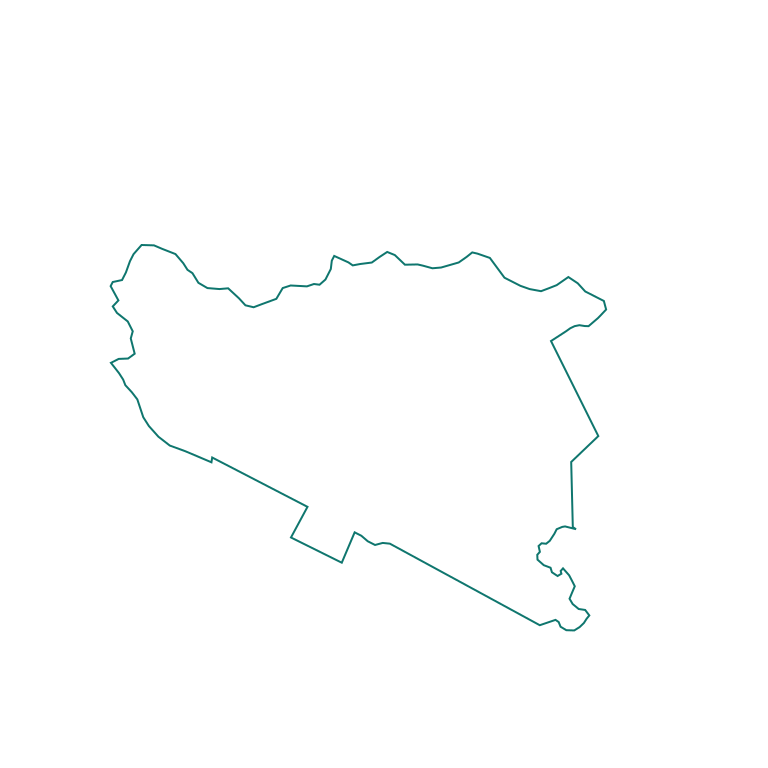 the district of Rembau, Negeri Sembilan, Malaysia, rotated 297°
{"feature_id": "92858781B48493388019423", "entity_name": "Rembau", "entity_type": "district", "adm_level": 2, "iso_a3": "MYS", "parent_name": "Malaysia", "parent_adm1": "Negeri Sembilan", "projection": "robinson", "projection_center": [102.108, 2.564], "detail": "fine", "context": "isolated", "style": "outline", "palette": "teal", "viewbox_px": 768, "rotation_deg": 297, "n_neighbors": 0, "source": "geoboundaries", "source_scale": "gbopen_adm2", "svg_char_len": 1868}
<svg xmlns="http://www.w3.org/2000/svg" viewBox="0 0 768 768"><g transform="rotate(297 384 384)"><path d="M278.9,131.1L273.4,142.9L269.5,149.6L265.5,154.1L262.2,163.0L258.3,171.2L245.1,184.6L239.8,193.6L234.6,207.0L231.9,221.1L233.9,237.5L235.9,265.8L240.5,264.3L239.8,371.6L205.0,370.8L205.6,427.5L238.5,425.2L238.5,432.7L236.5,440.9L236.5,449.1L241.8,455.0L244.4,461.7L239.8,632.3L251.7,643.9L251.2,647.7L247.9,651.5L247.4,658.2L250.8,665.4L256.3,668.7L261.8,670.6L266.8,671.1L271.0,672.0L274.0,665.8L271.9,659.6L273.6,652.0L276.9,646.8L283.3,646.3L290.4,645.8L294.2,640.6L297.6,635.8L301.0,627.2L297.6,626.3L295.5,628.2L291.7,625.8L292.5,619.1L295.9,615.8L295.1,608.6L297.2,600.5L301.4,598.1L305.2,599.1L309.8,595.3L313.6,596.7L315.3,601.0L319.5,602.9L327.9,603.8L333.0,603.8L337.6,607.7L339.3,610.0L341.8,621.0L342.2,617.2L399.5,586.2L434.9,598.6L498.1,513.3L513.7,522.3L518.3,524.7L522.1,527.6L525.1,531.4L526.8,536.6L528.4,540.0L539.8,544.7L543.0,545.7L551.2,548.1L557.8,542.2L557.8,533.2L557.8,521.3L561.7,510.9L563.0,499.7L550.5,493.0L544.6,487.8L538.0,481.8L534.7,470.7L533.4,461.0L533.4,450.6L533.4,443.1L544.4,421.1L542.6,408.1L541.3,402.9L534.7,399.9L526.2,395.4L513.7,382.0L509.1,374.6L507.1,364.9L505.8,359.7L499.8,348.5L503.8,335.1L503.1,326.9L495.2,322.4L486.7,318.0L480.1,308.3L475.5,302.3L476.2,297.1L475.5,281.5L470.2,281.5L462.3,284.4L450.5,284.4L443.2,281.5L441.3,276.2L436.0,271.0L429.4,256.1L423.5,250.2L411.0,249.4L399.8,239.0L393.2,233.0L391.2,224.8L394.5,215.9L398.5,201.7L393.9,194.3L389.3,183.1L389.9,172.7L395.8,163.0L396.5,157.1L400.5,150.3L405.1,139.2L403.7,125.0L403.1,116.1L397.8,104.9L386.0,101.9L378.1,101.9L366.2,103.4L357.7,103.4L351.7,96.0L347.1,96.0L337.9,109.4L330.0,107.1L326.1,113.8L323.4,127.3L316.9,136.2L309.6,137.7L297.8,148.1L290.5,144.4L285.9,136.2L278.9,131.1Z" fill="none" stroke="#0f766e" stroke-width="2"/></g></svg>